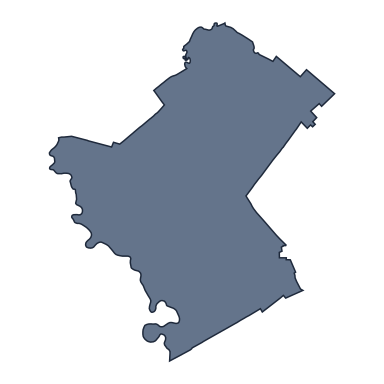 outline of Odobesti, Dâmbovita, Romania
{"feature_id": "2599482B6181888881552", "entity_name": "Odobesti", "entity_type": "district", "adm_level": 2, "iso_a3": "ROU", "parent_name": "Romania", "parent_adm1": "Dâmbovita", "projection": "orthographic", "projection_center": [25.536, 44.599], "detail": "fine", "context": "isolated", "style": "filled", "palette": "slate", "viewbox_px": 384, "rotation_deg": 0, "n_neighbors": 0, "source": "geoboundaries", "source_scale": "gbopen_adm2", "svg_char_len": 5835}
<svg xmlns="http://www.w3.org/2000/svg" viewBox="0 0 384 384"><path d="M169.6,361.0L190.3,349.9L191.6,348.8L191.9,348.3L192.3,347.8L196.3,345.6L201.9,342.5L203.4,341.5L207.4,339.2L235.4,323.4L236.9,322.6L240.2,320.5L244.4,318.1L246.2,317.0L249.1,315.5L260.4,308.7L262.3,312.0L280.2,298.1L283.1,295.6L283.4,295.4L285.7,298.1L291.9,295.3L302.9,290.4L300.5,289.0L296.7,281.7L295.1,277.9L294.9,275.3L294.2,273.1L295.6,272.2L290.3,259.8L286.2,259.7L286.3,257.8L279.4,257.8L279.3,252.4L282.0,251.2L281.4,247.3L281.4,247.1L284.0,245.7L283.9,245.6L285.7,245.6L286.0,245.0L280.1,239.2L276.4,235.3L263.3,220.2L256.6,212.7L253.5,208.6L252.1,206.3L250.9,203.8L246.9,197.5L246.0,195.9L247.4,194.1L252.4,187.4L254.5,184.3L256.7,181.5L258.5,179.1L261.5,175.5L268.5,166.0L271.1,162.5L272.4,160.7L276.7,155.3L279.9,151.5L282.0,148.5L282.9,147.5L283.3,147.2L284.1,145.9L284.4,145.6L284.7,145.1L285.4,144.0L288.3,140.2L294.9,131.0L296.4,129.1L300.2,123.4L301.2,121.9L307.3,128.3L309.9,125.6L310.6,125.0L312.6,126.8L315.2,124.3L312.8,121.7L316.7,117.6L310.7,111.1L319.2,103.6L321.6,106.3L334.6,93.7L306.5,69.7L300.3,76.7L276.3,56.4L272.9,61.4L268.4,59.0L259.4,54.6L258.8,54.0L258.6,53.4L258.2,53.0L257.7,52.8L257.4,52.9L256.8,53.2L255.8,53.3L255.5,53.2L254.8,52.9L254.5,52.6L254.0,52.0L253.7,51.2L253.4,50.3L253.4,49.5L253.9,48.9L254.1,48.3L254.1,47.2L253.9,46.1L253.4,44.5L252.5,41.9L248.7,39.3L241.9,35.0L241.0,34.5L238.9,33.3L238.1,33.0L236.9,32.3L236.1,31.4L234.1,29.6L233.1,28.7L230.8,27.4L225.9,26.0L225.4,25.3L225.1,24.0L224.9,23.0L224.2,23.5L217.9,26.1L217.2,26.2L216.9,25.7L217.1,25.0L217.2,23.8L216.8,23.1L215.8,23.0L215.0,23.1L214.4,23.5L214.1,24.2L214.1,25.4L213.7,26.0L212.8,26.5L212.5,27.2L212.1,28.5L211.6,29.2L210.9,29.6L209.7,30.1L208.6,30.1L205.6,29.3L204.0,29.1L202.4,27.7L201.5,27.2L200.6,27.1L199.7,27.2L198.5,27.6L197.5,28.2L195.5,29.8L194.7,30.7L193.8,31.9L192.7,33.9L191.5,36.7L190.3,39.2L189.5,41.5L186.5,44.3L183.8,46.4L183.7,48.3L183.4,48.7L182.7,49.3L182.6,49.8L182.9,50.3L183.2,50.7L183.7,50.9L184.2,50.8L184.8,50.5L185.4,50.4L186.0,50.3L186.5,50.6L186.8,51.2L187.0,51.9L186.9,52.6L185.9,54.6L185.7,55.2L185.9,56.1L185.8,56.4L185.5,56.5L185.0,56.5L184.6,56.4L184.2,56.3L183.6,56.5L183.2,56.7L183.1,57.2L183.1,57.7L183.2,58.1L183.7,58.6L185.9,57.8L186.3,57.9L186.5,58.0L186.6,58.5L186.4,58.8L185.3,59.5L185.0,59.8L185.3,60.1L185.9,60.3L186.7,60.1L187.4,59.7L187.9,59.3L188.1,58.7L188.3,57.8L188.5,57.5L188.8,57.5L189.1,57.7L189.8,58.4L190.3,60.2L190.3,60.9L190.1,62.3L189.5,63.2L189.1,63.3L188.2,63.0L186.5,62.2L185.9,62.1L185.2,62.5L184.8,63.2L184.7,64.2L184.9,65.3L185.2,66.5L185.6,67.1L186.3,68.1L186.8,68.5L186.6,68.7L176.8,74.6L175.3,75.3L172.4,76.2L170.9,76.9L169.5,77.8L166.1,80.4L163.6,82.5L162.0,83.7L158.0,87.0L156.3,88.3L154.5,89.9L153.8,90.5L154.8,91.8L162.1,102.0L164.4,104.9L161.8,107.9L158.4,111.7L157.3,112.8L155.7,113.9L155.0,114.5L153.7,115.9L150.7,118.4L150.2,118.7L141.8,125.8L139.6,127.4L123.5,141.1L119.7,144.1L113.5,142.3L111.6,147.0L88.2,140.8L87.4,140.4L71.6,136.3L63.8,137.1L61.5,137.1L58.6,137.8L58.7,138.5L58.9,140.2L58.4,141.5L57.2,144.1L56.8,144.8L55.8,146.1L54.5,147.5L51.5,149.9L50.2,151.6L49.4,152.9L49.5,154.0L50.0,155.1L50.6,155.5L51.7,155.9L52.9,156.2L54.0,157.2L54.4,158.0L54.5,158.8L54.8,161.8L54.3,163.0L52.6,164.7L50.6,166.3L49.8,167.2L49.6,168.2L49.7,168.7L50.1,169.2L50.9,169.5L52.8,169.7L53.5,169.9L54.1,170.5L55.0,171.6L56.2,172.9L57.4,173.6L61.5,173.7L64.0,173.2L66.1,173.2L68.2,173.4L69.4,173.8L70.3,174.4L71.2,175.3L71.8,176.9L71.9,177.7L71.6,178.4L70.3,180.4L70.1,181.0L70.1,181.5L70.5,182.7L71.4,186.3L71.8,187.2L72.2,187.8L72.8,188.7L73.3,189.1L74.0,189.1L74.9,189.3L75.3,189.6L75.4,190.0L75.6,192.3L75.9,193.6L76.2,194.3L76.6,199.3L76.0,201.8L75.7,203.1L75.8,203.6L76.6,204.6L79.9,206.2L81.5,207.5L82.4,209.3L82.5,211.0L82.3,212.4L81.6,213.8L80.1,214.8L78.6,214.9L77.0,214.6L73.7,214.7L72.4,215.2L71.9,215.9L71.7,217.0L72.0,217.8L72.8,218.7L73.6,220.0L74.5,222.0L75.1,222.6L75.7,222.9L76.4,223.1L77.2,223.4L79.0,223.4L79.9,223.6L81.5,224.2L83.9,225.7L86.3,227.3L88.8,229.6L90.3,231.4L91.2,232.8L91.5,234.5L91.4,235.8L90.7,237.6L89.5,239.1L87.8,240.5L86.5,241.9L85.9,242.9L85.7,243.9L85.6,245.0L86.1,246.4L86.5,247.0L87.2,247.4L88.6,247.9L90.7,248.1L92.3,247.8L93.6,247.1L95.4,245.0L96.9,243.5L99.0,242.4L100.4,242.1L101.6,242.2L106.3,244.4L108.5,245.9L112.5,250.6L114.6,253.3L115.9,254.4L117.5,255.1L120.0,255.7L122.4,256.1L127.4,256.1L128.3,256.2L129.5,256.6L130.1,257.0L130.6,257.9L130.8,258.8L130.4,260.5L130.3,262.8L131.2,267.6L131.5,268.1L133.0,269.2L134.1,269.8L135.0,270.2L138.5,271.1L139.4,271.8L140.2,272.7L140.6,273.2L140.8,274.0L141.0,274.9L140.9,276.3L140.5,278.4L140.3,280.1L140.8,281.9L142.2,284.1L143.2,285.5L145.2,290.5L148.2,295.7L150.2,298.9L150.8,300.6L150.7,302.1L149.8,305.2L149.5,306.5L149.3,308.6L150.0,310.5L150.8,311.7L151.5,312.2L152.7,312.2L154.2,311.5L155.1,310.5L155.7,309.0L155.9,308.0L155.8,307.0L155.9,306.1L156.3,305.0L156.8,304.0L157.4,303.3L159.5,301.4L161.0,300.6L162.5,300.6L164.5,301.2L165.4,302.3L166.1,303.5L166.6,305.3L167.2,305.9L171.6,307.6L172.8,308.0L174.2,308.7L175.7,309.9L176.5,310.9L179.1,316.7L179.5,318.5L179.5,319.8L179.3,321.2L178.9,322.1L178.5,322.7L178.0,323.0L176.7,323.4L175.7,323.4L173.8,323.0L172.1,322.6L171.0,322.5L169.7,322.6L168.1,323.3L163.6,326.4L162.6,326.7L161.1,326.8L159.6,326.4L158.5,325.3L157.3,324.5L156.5,324.1L155.6,323.9L153.1,324.1L151.0,323.9L148.6,324.0L146.7,324.5L144.9,325.4L144.0,327.2L143.1,329.7L142.9,331.9L142.9,334.2L143.2,336.3L143.7,337.4L144.8,339.0L146.7,340.7L148.2,341.5L150.5,342.1L153.3,341.8L155.1,341.0L156.0,340.2L158.9,336.7L159.9,334.8L160.6,334.1L161.7,334.0L163.8,334.8L164.6,335.5L165.2,336.3L165.7,337.7L165.5,339.9L164.4,342.7L164.3,343.5L164.6,344.9L167.1,348.4L168.9,349.6L170.0,351.5L170.0,353.9L169.6,361.0Z" fill="#64748b" stroke="#1e293b" stroke-width="1.5"/></svg>